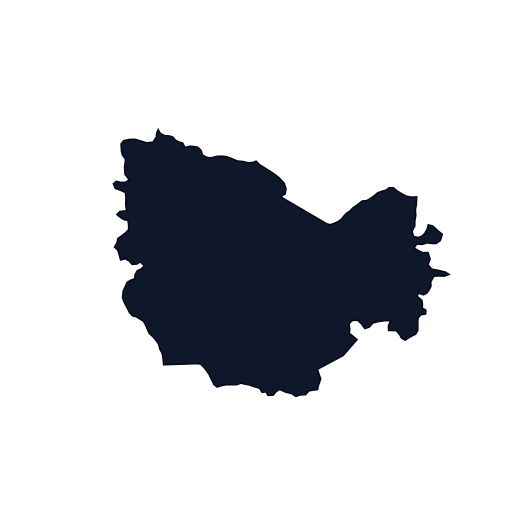 Xanxerê, Santa Catarina, Brazil (orthographic projection), rotated 126°
{"feature_id": "56859067B35284649743550", "entity_name": "Xanxerê", "entity_type": "district", "adm_level": 2, "iso_a3": "BRA", "parent_name": "Brazil", "parent_adm1": "Santa Catarina", "projection": "orthographic", "projection_center": [-52.422, -26.88], "detail": "fine", "context": "isolated", "style": "filled", "palette": "ink", "viewbox_px": 512, "rotation_deg": 126, "n_neighbors": 0, "source": "geoboundaries", "source_scale": "gbopen_adm2", "svg_char_len": 3049}
<svg xmlns="http://www.w3.org/2000/svg" viewBox="0 0 512 512"><g transform="rotate(126 256 256)"><path d="M252.6,423.9L254.5,418.3L261.6,414.5L267.0,409.9L268.8,403.4L273.1,404.9L276.1,409.0L277.6,412.8L281.4,413.9L284.0,409.5L282.4,404.1L281.5,398.9L284.8,395.9L288.0,393.6L291.2,391.5L295.5,387.3L300.0,392.3L304.3,392.9L304.5,388.7L304.3,384.3L302.4,380.6L305.4,377.7L309.3,374.6L314.1,375.2L319.2,376.7L323.1,378.1L326.9,376.2L331.9,375.8L332.6,371.0L335.6,367.2L338.8,363.2L335.0,360.1L334.6,355.7L335.6,351.3L332.5,347.6L328.9,346.3L329.4,340.8L333.6,341.1L337.6,343.4L342.0,342.9L345.7,340.7L349.2,343.2L353.1,344.8L357.1,343.9L362.5,342.8L368.2,339.5L371.4,334.6L373.9,329.4L376.2,325.0L377.0,320.8L375.6,317.2L375.2,313.0L375.0,308.5L377.6,303.3L381.4,297.0L381.9,291.9L382.9,287.9L384.6,282.9L387.9,279.0L389.7,275.0L393.7,270.8L398.3,266.8L378.6,241.5L376.0,237.5L376.8,232.2L378.2,227.7L379.5,224.1L382.4,218.7L384.8,214.3L384.8,210.3L381.4,207.8L377.9,204.7L375.1,200.9L371.4,195.9L367.6,193.3L366.3,189.8L364.3,185.8L363.0,181.3L360.9,175.4L362.8,170.8L360.0,168.2L361.7,164.3L358.5,160.3L354.5,160.1L350.1,158.6L348.8,152.3L346.3,146.0L346.2,141.2L342.6,138.8L339.1,134.4L334.0,133.9L330.8,130.8L327.9,127.6L324.9,129.1L317.4,131.4L314.5,135.6L311.6,139.7L285.3,127.0L264.2,125.1L263.6,135.3L260.1,137.0L256.0,141.0L251.3,140.0L248.3,136.1L249.0,130.5L250.8,125.3L247.0,122.6L241.6,122.1L237.1,118.4L232.7,113.8L229.3,109.2L234.7,107.8L238.3,105.0L234.0,98.7L235.1,93.7L236.9,90.0L236.4,85.8L232.3,84.3L229.1,82.8L225.4,80.9L221.1,81.4L217.9,83.6L214.5,86.2L210.6,88.5L206.4,87.9L203.3,84.7L200.0,86.6L200.3,91.0L197.3,92.9L194.4,95.6L193.8,102.5L190.4,102.3L189.0,97.7L185.8,96.0L181.8,96.0L177.5,96.7L174.3,99.4L167.9,100.2L164.9,96.7L161.7,91.9L157.3,88.9L157.7,93.4L160.5,100.2L163.3,106.1L162.0,111.7L156.1,113.3L152.1,118.9L155.4,123.2L156.1,127.6L156.6,132.8L151.9,132.9L148.9,128.3L144.7,125.2L142.2,120.5L140.0,117.6L135.1,116.0L128.9,118.0L128.6,124.1L127.8,130.6L129.5,135.0L133.7,133.3L138.3,132.8L142.0,133.3L145.5,135.4L147.6,140.0L144.3,144.2L138.3,145.2L133.8,148.4L129.3,150.5L124.9,154.2L120.1,156.5L113.7,160.7L117.0,164.9L119.3,169.7L119.9,174.6L120.4,179.6L120.0,184.8L122.5,188.5L126.2,189.4L129.3,192.0L133.6,194.8L138.2,195.9L141.9,197.2L146.0,199.0L149.2,202.5L154.7,204.0L160.0,205.9L164.6,206.5L168.0,207.8L171.6,208.4L176.2,208.6L179.6,209.7L183.6,211.9L187.1,214.4L188.4,218.0L188.9,223.6L193.6,270.9L188.6,268.9L183.9,271.2L180.4,276.2L179.2,282.9L178.9,288.7L179.1,293.6L179.4,297.6L179.6,301.7L180.0,306.6L179.2,311.6L182.4,313.7L185.3,317.4L186.9,321.6L190.1,327.0L191.4,332.7L192.8,337.9L195.0,341.9L198.2,346.1L203.4,350.5L205.1,354.0L205.8,358.4L202.8,362.6L202.2,367.1L204.0,370.8L206.3,374.3L209.9,377.2L207.7,381.8L209.0,385.4L209.7,389.2L208.6,392.9L209.7,396.5L212.3,400.6L213.1,405.5L211.2,409.5L215.2,408.5L218.2,406.6L224.4,406.2L228.8,411.2L230.4,416.0L232.6,422.3L235.6,426.4L240.3,430.8L244.6,431.1L250.0,426.7L252.6,423.9Z" fill="#0f172a" stroke="#020617" stroke-width="1.5"/></g></svg>